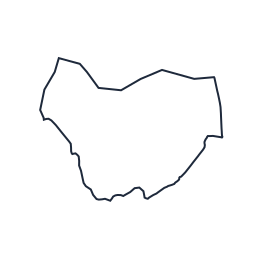 outline of Abu Zabad, North Kordufan, Sudan, rotated 20°
{"feature_id": "16777658B30413539722349", "entity_name": "Abu Zabad", "entity_type": "district", "adm_level": 2, "iso_a3": "SDN", "parent_name": "Sudan", "parent_adm1": "North Kordufan", "projection": "natural_earth1", "projection_center": [29.458, 12.635], "detail": "fine", "context": "isolated", "style": "outline", "palette": "slate", "viewbox_px": 256, "rotation_deg": 20, "n_neighbors": 0, "source": "geoboundaries", "source_scale": "gbopen_adm2", "svg_char_len": 1687}
<svg xmlns="http://www.w3.org/2000/svg" viewBox="0 0 256 256"><g transform="rotate(20 128 128)"><path d="M219.7,104.5L219.6,104.2L219.6,103.8L219.0,103.1L218.2,101.4L218.0,100.9L217.2,99.0L216.0,96.3L211.2,84.7L210.4,82.7L207.8,76.7L205.7,72.9L204.1,70.3L204.0,70.1L200.8,65.0L199.3,62.8L192.5,52.0L191.8,50.9L192.1,50.5L191.9,50.6L173.4,59.2L140.1,61.8L123.1,77.6L108.6,94.9L86.6,100.4L70.2,89.4L60.8,84.2L39.1,86.0L40.0,100.4L36.3,120.5L39.3,141.1L44.0,146.0L45.2,147.2L46.0,148.8L46.1,149.0L48.0,147.5L50.2,146.5L53.4,147.1L59.1,149.9L66.8,154.6L77.4,160.9L79.6,162.4L81.2,165.9L82.5,169.3L83.6,170.8L84.6,171.5L86.1,170.5L87.4,169.8L89.6,170.6L91.4,171.6L93.4,175.7L94.9,180.0L98.5,184.3L103.1,191.7L105.1,194.8L108.3,197.1L114.1,198.5L118.1,202.8L122.7,205.5L125.0,205.3L128.0,203.9L130.6,202.4L136.2,202.4L137.0,199.8L137.5,197.5L139.1,195.7L141.1,194.5L144.2,193.5L146.8,193.5L148.7,191.2L152.0,187.4L154.8,182.3L159.0,180.1L164.1,182.1L165.8,184.9L167.4,187.7L169.1,187.9L170.8,187.7L171.0,187.4L171.6,186.2L174.7,182.3L175.6,181.4L177.2,179.8L178.0,178.5L182.6,171.8L184.7,169.9L185.1,169.4L185.7,168.6L186.5,168.1L187.4,167.4L188.6,166.5L190.6,164.7L190.9,163.8L191.0,163.3L191.4,162.7L192.5,161.2L193.5,159.3L193.5,158.9L193.6,158.5L193.2,157.2L193.4,156.4L194.6,155.5L197.0,150.1L198.0,147.1L199.8,141.7L201.2,137.2L203.6,130.0L203.8,129.2L206.0,122.5L206.0,122.3L206.2,121.5L206.5,119.9L206.2,118.5L206.1,117.9L206.0,117.6L205.4,116.7L204.9,115.7L204.8,115.4L204.6,114.5L204.7,113.9L204.8,112.2L205.4,110.2L205.4,109.2L205.8,108.2L206.8,107.9L207.4,107.7L210.5,106.4L212.6,106.0L218.9,104.8L219.5,104.8L219.7,104.5Z" fill="none" stroke="#1e293b" stroke-width="2"/></g></svg>